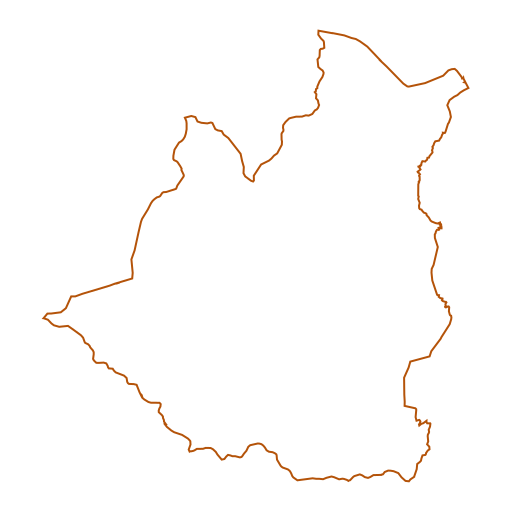 outline of Empat Lawang, Sumatera Selatan, Indonesia
{"feature_id": "22746128B47089116764549", "entity_name": "Empat Lawang", "entity_type": "district", "adm_level": 2, "iso_a3": "IDN", "parent_name": "Indonesia", "parent_adm1": "Sumatera Selatan", "projection": "albers", "projection_center": [102.962, -3.717], "detail": "fine", "context": "isolated", "style": "outline", "palette": "amber", "viewbox_px": 512, "rotation_deg": 0, "n_neighbors": 0, "source": "geoboundaries", "source_scale": "gbopen_adm2", "svg_char_len": 6010}
<svg xmlns="http://www.w3.org/2000/svg" viewBox="0 0 512 512"><path d="M332.3,33.2L318.5,30.7L318.3,34.7L321.1,38.6L323.5,40.9L323.9,42.1L324.3,47.8L322.7,48.7L320.8,48.9L319.8,50.1L319.6,55.8L319.3,57.3L317.5,59.4L318.3,67.0L320.5,69.0L322.6,70.5L323.6,72.5L323.5,73.9L322.4,77.0L319.5,81.4L317.3,86.6L317.3,88.2L316.0,89.1L315.8,91.3L314.8,92.1L316.4,94.2L316.0,98.3L317.9,100.4L318.5,103.6L319.1,105.0L318.0,107.9L316.7,109.5L315.2,110.2L314.6,110.8L312.3,114.0L308.7,115.6L305.8,115.3L302.0,116.6L296.0,116.7L291.3,117.8L289.2,118.4L285.5,122.0L283.2,125.2L283.0,127.9L283.4,129.4L283.4,130.9L281.7,133.3L281.5,134.1L281.6,139.6L282.0,141.5L281.8,144.8L277.2,153.4L274.0,155.6L271.4,158.6L269.0,160.6L261.1,164.5L253.8,175.7L253.9,180.5L253.1,181.5L251.1,180.8L245.2,176.4L243.5,173.2L243.8,167.0L242.1,161.0L240.6,153.8L228.3,138.0L223.7,134.6L221.7,131.1L217.8,130.4L215.3,129.1L212.4,123.0L210.9,122.5L207.3,123.4L205.3,123.2L201.4,122.8L197.5,121.5L195.4,117.1L191.3,116.0L184.9,117.7L186.3,121.0L186.6,123.4L186.6,129.3L185.8,133.7L184.8,136.8L183.2,139.4L181.5,141.1L179.0,142.6L174.5,149.7L173.4,155.7L173.3,158.9L174.0,160.1L176.6,161.3L177.6,162.2L180.2,166.1L181.6,168.6L181.4,170.0L183.6,174.6L183.8,175.6L183.6,176.5L177.3,185.6L176.4,188.1L175.9,188.9L166.2,192.0L163.4,192.2L162.2,193.0L160.2,196.0L159.4,196.6L156.8,197.4L154.4,199.2L152.6,200.9L151.0,203.2L147.9,209.4L142.1,218.8L141.0,221.8L138.6,232.0L134.6,250.4L131.4,259.4L132.7,272.9L132.2,278.5L116.8,283.1L117.3,283.3L116.7,283.5L115.8,283.5L113.7,284.1L109.8,285.6L82.4,293.8L75.3,296.4L71.2,296.4L65.9,308.2L60.8,312.3L51.4,313.5L47.4,313.6L43.6,318.2L44.5,318.3L43.8,318.3L47.9,319.7L51.4,323.4L53.9,325.3L59.2,326.8L68.0,325.9L73.5,329.8L81.0,335.3L83.1,337.7L84.6,341.9L85.2,342.9L88.2,344.3L89.7,346.0L90.2,347.3L91.3,348.6L92.9,350.4L93.7,352.2L93.7,354.4L93.1,358.8L93.3,359.5L94.3,360.9L96.3,362.8L98.5,362.9L103.6,362.6L106.3,363.4L107.7,365.9L108.0,367.2L108.8,368.4L112.7,368.7L113.9,370.6L115.7,372.4L124.0,375.6L126.6,378.0L127.2,381.8L127.9,383.1L128.9,383.9L133.7,384.1L136.6,384.8L139.6,392.4L141.2,395.6L141.4,394.8L141.7,395.1L142.5,397.9L144.2,399.4L148.4,402.0L150.9,402.7L159.5,402.8L160.7,404.1L160.4,406.6L159.3,408.6L158.7,410.7L158.8,412.2L161.8,415.0L162.9,416.5L163.0,418.0L163.9,420.0L164.0,421.6L165.9,424.2L164.9,424.3L166.9,426.9L171.3,430.5L174.1,432.2L182.1,434.9L188.0,438.6L189.8,440.5L190.3,441.2L190.5,444.5L188.7,449.6L189.5,451.4L189.8,451.1L190.7,451.4L193.2,450.9L194.6,450.3L196.8,448.9L203.0,448.8L205.7,447.9L210.6,448.0L212.9,449.2L215.8,451.9L217.4,454.5L221.7,459.6L224.4,459.0L226.2,456.6L228.0,454.9L230.3,455.4L232.4,456.2L235.2,456.2L239.9,457.4L241.4,457.0L242.1,456.4L244.0,453.6L246.4,450.8L248.3,446.8L250.2,445.2L257.7,443.5L259.4,443.6L261.5,444.2L263.3,445.6L264.9,447.5L266.6,450.3L268.9,451.7L272.6,452.2L274.8,453.2L276.3,454.3L276.6,455.2L277.0,459.6L280.6,465.7L281.3,466.5L282.6,467.5L287.9,469.4L289.4,470.6L290.1,471.4L291.2,473.4L292.3,476.1L293.3,477.4L297.4,480.3L312.6,478.3L316.2,478.8L319.2,478.8L323.1,479.2L326.5,477.8L331.5,476.5L334.1,477.2L339.1,479.3L342.4,478.7L343.9,478.9L346.9,479.9L348.4,480.9L348.9,480.5L350.1,480.2L353.0,477.1L354.3,476.1L359.8,474.4L362.3,475.4L364.8,477.1L368.0,477.9L370.3,477.0L373.4,475.1L381.4,474.9L381.5,474.6L383.0,474.3L384.7,472.0L388.1,470.6L388.6,470.6L390.6,470.7L393.6,471.2L398.3,473.1L401.5,477.3L405.5,480.9L408.9,481.3L410.4,479.4L414.2,476.8L414.2,476.5L416.7,469.2L417.2,464.0L419.8,462.0L421.0,460.7L421.4,458.6L422.5,455.4L425.4,454.9L426.0,453.8L426.0,453.1L427.7,450.6L429.5,449.3L429.3,446.7L427.1,444.3L428.2,441.5L427.7,436.1L427.9,434.5L428.7,433.2L429.1,431.9L428.7,429.8L430.0,426.7L430.4,423.7L430.2,423.3L427.2,423.3L426.5,422.2L426.5,420.8L423.3,423.2L421.4,423.8L419.3,425.5L419.0,424.4L419.8,423.3L420.4,421.5L419.9,420.5L419.2,419.9L416.5,420.7L415.6,417.1L416.3,409.5L416.6,409.7L415.4,408.3L404.6,405.9L404.7,401.7L404.3,394.7L404.1,377.7L408.6,367.6L410.3,361.6L429.6,356.4L431.3,351.2L440.7,338.7L441.4,337.2L449.7,324.2L451.2,319.2L451.4,317.5L451.1,315.7L450.2,315.3L449.8,314.7L448.9,311.3L449.2,307.3L448.7,306.5L448.4,306.4L447.8,306.5L446.5,307.2L445.8,307.4L445.2,307.1L445.1,306.5L445.7,306.1L445.8,305.7L445.4,304.2L446.4,302.4L446.0,301.9L445.3,301.9L442.9,301.1L442.1,300.5L441.9,300.2L442.6,298.9L442.5,298.5L440.3,298.1L438.7,296.8L439.0,295.2L437.7,295.1L437.1,294.8L432.3,280.5L431.5,272.7L431.7,268.9L433.6,264.9L437.8,247.0L434.9,238.0L434.8,234.4L435.5,233.3L435.9,231.6L436.9,229.9L437.5,229.5L438.6,229.9L439.1,229.7L439.0,228.8L439.2,228.2L438.9,227.8L439.4,227.7L440.6,228.3L441.5,228.3L441.5,226.8L440.9,226.1L440.4,226.3L440.5,225.2L439.6,224.5L439.7,224.2L440.4,224.6L441.1,224.6L441.0,224.2L440.2,223.4L440.0,222.5L437.6,223.5L435.6,223.1L431.7,221.5L430.5,220.5L428.8,217.5L426.6,215.2L426.5,214.0L425.8,213.3L423.8,212.6L422.0,210.5L421.6,209.7L419.8,209.1L419.2,208.2L419.0,205.7L419.7,202.8L418.2,199.0L418.7,196.4L418.2,195.8L418.3,184.3L419.1,182.1L418.7,181.8L419.7,180.2L419.6,176.6L419.1,176.0L419.1,175.5L420.0,174.3L418.9,173.0L417.9,172.4L417.6,171.7L419.8,170.1L420.5,169.4L418.9,167.0L419.6,167.1L420.3,166.2L419.1,166.4L419.3,166.0L420.0,165.7L421.2,164.6L421.6,162.8L422.4,161.2L425.3,161.5L425.8,160.7L427.1,159.7L427.4,157.8L429.0,157.6L429.5,156.1L432.5,152.5L432.3,150.9L432.0,150.3L432.9,148.0L432.4,146.9L433.6,145.1L434.1,143.3L435.3,141.3L439.1,140.6L440.0,138.8L441.2,137.4L442.1,134.8L443.0,133.4L442.9,132.7L444.8,133.0L445.5,131.8L448.0,123.8L448.9,122.6L450.9,117.0L449.8,111.4L447.3,105.2L449.6,100.1L454.2,96.7L457.4,95.1L460.3,92.5L464.0,90.2L468.4,88.0L465.6,82.7L464.3,82.3L465.1,81.7L463.5,78.6L463.4,78.1L463.3,78.3L463.2,78.1L462.1,78.5L461.6,77.0L456.9,70.8L454.7,68.9L451.7,69.2L448.4,70.4L443.2,75.7L425.1,83.1L408.8,86.6L407.3,86.4L403.3,83.6L386.6,66.5L380.2,60.5L380.4,60.4L367.3,46.6L359.9,41.3L355.8,39.0L351.5,38.0L344.3,35.4L332.6,33.1L332.9,32.6L332.3,33.2Z" fill="none" stroke="#b45309" stroke-width="2"/></svg>